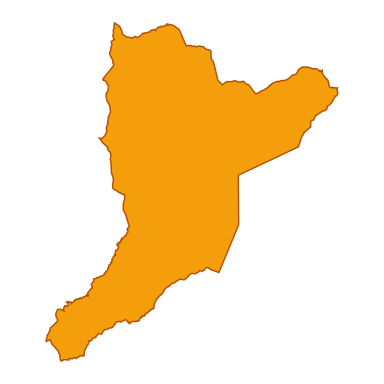 Tano South Municipal, Brong Ahafo, Ghana (Robinson projection)
{"feature_id": "2480657B7981851544250", "entity_name": "Tano South Municipal", "entity_type": "district", "adm_level": 2, "iso_a3": "GHA", "parent_name": "Ghana", "parent_adm1": "Brong Ahafo", "projection": "robinson", "projection_center": [-2.05, 7.161], "detail": "fine", "context": "isolated", "style": "filled", "palette": "amber", "viewbox_px": 384, "rotation_deg": 0, "n_neighbors": 0, "source": "geoboundaries", "source_scale": "gbopen_adm2", "svg_char_len": 5852}
<svg xmlns="http://www.w3.org/2000/svg" viewBox="0 0 384 384"><path d="M218.9,272.5L238.7,224.7L238.3,175.2L298.3,146.9L301.9,136.5L303.5,134.1L304.5,131.7L305.2,131.7L310.8,126.7L310.5,124.3L310.9,123.3L310.7,122.6L311.0,121.3L311.8,120.4L313.6,120.0L315.3,116.3L316.5,115.2L323.1,110.7L323.8,111.0L326.0,109.9L326.8,109.1L327.4,106.0L329.1,105.3L331.9,102.4L333.7,98.9L335.5,96.2L336.5,95.8L337.9,93.5L337.0,89.4L337.4,88.0L336.7,88.4L335.7,87.7L333.8,88.0L332.5,87.3L330.8,87.7L329.5,86.9L328.0,80.5L326.5,78.7L325.8,78.6L325.5,77.9L323.7,75.8L322.2,72.6L322.2,70.4L321.3,71.1L321.1,70.8L320.1,71.0L320.1,71.7L319.8,71.7L319.7,71.0L319.2,71.2L318.8,70.1L317.5,69.6L316.7,68.9L315.4,68.6L312.4,68.8L310.4,67.8L307.0,67.1L301.9,67.1L298.6,69.7L296.9,73.0L296.1,74.0L291.9,75.4L290.1,77.5L286.8,79.7L284.8,80.4L280.7,80.7L278.9,81.9L278.0,81.2L273.6,82.8L271.7,83.7L271.5,84.5L270.5,85.3L269.5,85.3L269.2,86.2L267.4,87.8L263.2,90.3L261.9,90.6L260.9,91.5L259.9,91.8L257.7,93.4L255.2,93.5L249.1,85.2L248.5,84.7L246.1,84.1L243.6,81.3L238.4,82.2L235.8,80.9L234.3,80.7L232.1,81.6L230.0,81.9L226.5,81.6L222.4,84.8L218.0,80.6L214.2,64.9L213.0,61.2L211.1,58.6L210.9,50.8L208.6,49.8L206.8,49.5L204.8,48.4L203.5,46.7L201.1,46.6L200.1,46.1L198.1,46.2L196.3,47.0L194.9,46.1L194.0,46.0L192.1,46.5L190.6,45.4L189.0,45.8L187.8,45.4L186.2,45.9L179.3,29.7L174.0,25.8L171.1,24.6L167.9,24.8L167.8,24.0L167.3,24.3L166.8,24.1L166.3,25.6L165.0,25.3L164.2,26.2L162.8,26.9L161.3,26.0L160.2,27.0L159.6,26.9L159.1,27.4L158.7,27.1L157.4,27.8L157.2,28.4L155.6,30.0L155.6,30.5L153.9,29.5L152.2,30.2L151.0,30.1L150.5,31.4L149.9,31.9L147.2,32.4L145.8,33.2L144.7,32.9L143.7,33.7L142.8,33.2L140.6,35.7L139.2,36.6L136.8,37.5L135.7,36.7L134.7,36.4L133.5,37.7L131.3,37.9L128.7,37.1L127.1,37.2L122.6,34.3L121.6,30.4L120.1,27.2L118.6,25.5L114.5,23.0L114.0,26.2L114.1,28.3L113.3,30.0L113.5,32.9L112.9,35.5L113.1,37.2L114.4,39.5L113.3,39.9L111.2,41.6L111.9,44.8L110.7,48.3L110.8,50.5L109.9,51.8L109.5,53.7L111.6,58.4L112.6,59.5L112.9,60.7L112.9,63.1L113.9,64.1L112.9,66.5L102.9,78.9L103.3,80.3L104.9,80.5L105.4,81.2L106.4,81.7L107.0,84.0L107.7,84.7L108.5,86.5L107.9,90.7L107.1,92.4L106.1,93.4L106.0,96.4L107.0,100.9L108.9,103.8L110.2,107.6L110.1,109.5L110.6,111.5L109.6,114.3L108.2,116.9L108.2,119.2L107.6,121.5L108.0,123.6L107.0,125.6L106.3,128.2L106.7,130.2L106.4,132.5L104.9,135.6L102.5,138.0L101.6,138.6L99.4,138.1L102.8,142.8L108.0,147.7L107.8,148.7L108.0,150.2L109.6,151.6L110.4,153.0L111.0,155.1L110.2,159.7L110.9,161.5L111.5,173.1L113.2,177.8L113.3,181.0L112.6,184.7L112.8,188.1L113.9,189.4L117.7,191.3L118.9,192.5L120.4,192.8L121.9,194.1L124.4,194.3L124.7,199.1L123.4,203.3L123.2,209.7L125.0,213.3L125.6,213.8L126.5,217.9L127.1,219.0L127.4,221.2L128.3,221.9L128.1,223.3L129.4,226.4L129.0,227.3L127.9,227.8L127.5,228.5L127.4,229.8L127.8,230.4L127.4,230.4L128.1,231.9L126.5,233.3L126.4,235.4L124.9,235.8L123.9,237.5L121.8,238.2L121.7,238.5L122.2,238.7L122.2,239.3L120.8,240.0L120.2,241.8L120.6,242.1L120.0,242.2L119.7,242.7L118.5,242.5L118.8,243.7L117.8,244.1L117.4,243.8L117.0,244.6L116.8,244.4L117.2,245.6L118.4,245.8L118.5,247.4L117.8,248.3L117.7,249.3L116.2,250.5L115.6,250.5L115.3,253.1L114.5,254.9L115.4,255.2L113.4,256.5L112.9,258.4L111.9,259.4L111.8,259.9L112.2,260.6L111.8,261.7L111.2,262.2L111.4,262.6L110.8,262.7L110.4,264.2L109.6,264.8L109.7,265.1L108.9,265.2L108.8,267.0L107.8,268.2L107.7,268.8L107.9,269.1L107.5,270.1L106.3,271.5L105.8,271.5L105.3,273.1L104.7,273.2L104.9,273.6L104.3,273.8L103.7,275.1L101.7,276.2L101.5,275.9L100.4,276.3L99.0,277.4L98.3,277.2L97.3,278.0L96.8,277.7L95.3,278.7L93.8,278.9L93.7,280.8L91.2,284.4L92.3,286.9L91.8,287.5L92.0,288.4L90.5,289.2L89.1,291.4L87.9,292.5L87.7,293.9L88.5,294.9L88.1,296.1L87.4,296.0L87.1,294.6L86.7,294.6L85.5,296.3L82.8,297.2L82.3,298.3L81.4,298.2L81.3,298.6L80.3,298.3L80.1,297.8L79.1,299.0L78.2,298.8L77.9,299.3L77.3,299.0L76.1,299.2L75.9,299.8L75.4,299.7L75.4,300.3L73.9,300.8L73.5,302.1L72.3,302.7L71.7,302.6L71.3,303.6L70.7,301.9L70.2,302.1L67.6,301.6L67.4,302.0L66.5,302.1L67.0,302.8L68.1,303.1L68.6,305.2L66.8,306.4L66.5,305.6L65.9,305.9L64.4,305.7L65.1,306.1L64.6,306.6L64.4,307.4L64.0,307.3L63.5,308.1L63.5,310.3L63.9,311.0L60.6,309.3L57.6,309.5L56.1,312.8L55.8,315.2L56.5,317.9L57.6,319.4L57.5,320.9L53.8,325.0L50.7,327.5L49.1,332.2L47.0,335.8L47.1,338.4L46.4,339.1L46.1,340.3L46.2,341.5L50.0,339.8L52.6,345.1L54.3,346.3L55.2,347.7L58.2,351.0L58.6,352.8L59.8,354.7L60.2,359.2L60.9,360.9L61.9,361.0L62.2,360.3L63.3,360.1L63.7,359.6L69.0,360.0L69.5,358.4L72.2,358.9L72.9,358.2L74.5,357.5L75.9,358.5L76.0,358.0L78.9,357.0L79.4,356.1L80.3,356.0L80.7,355.6L82.4,355.6L82.4,356.1L83.5,355.9L84.2,355.2L84.3,351.5L85.2,349.9L85.4,348.5L86.2,347.8L87.1,345.5L88.3,344.1L89.0,340.9L90.1,341.2L92.4,339.2L93.2,337.8L95.7,337.5L96.5,335.8L98.4,333.8L101.8,334.0L102.8,331.8L104.5,329.8L108.3,328.9L109.3,328.0L111.2,327.9L112.2,327.4L113.8,325.7L113.8,325.2L114.8,324.7L115.2,323.3L116.9,321.8L118.3,321.8L119.0,321.4L120.1,321.8L120.4,321.5L120.9,322.0L125.6,319.6L127.0,320.9L127.3,321.7L128.8,321.9L128.5,322.7L129.4,322.9L129.3,323.6L129.6,323.6L132.7,321.3L134.9,321.7L136.0,321.0L136.9,321.5L139.4,320.5L139.5,319.4L140.7,318.1L140.7,317.4L141.5,316.8L141.9,317.1L142.3,316.8L142.6,315.7L143.2,316.1L144.8,315.8L144.7,315.2L145.1,314.8L144.8,314.7L145.4,313.8L147.7,312.8L148.0,312.1L149.3,311.4L150.2,310.2L150.9,310.1L151.1,309.5L152.2,308.7L152.6,308.9L153.0,308.4L153.5,308.7L154.0,307.5L154.1,304.8L154.9,302.7L157.1,298.5L157.6,298.4L159.5,295.9L161.7,294.2L163.0,292.7L164.0,291.0L164.4,289.6L166.9,287.2L168.0,287.0L169.6,285.7L171.7,283.6L174.1,282.9L180.1,278.9L181.9,279.6L184.5,279.8L186.5,278.2L190.1,274.2L192.0,273.4L195.2,273.8L198.6,272.0L199.5,270.6L201.9,271.2L202.9,270.9L204.8,269.4L206.3,267.5L208.4,267.7L209.7,269.1L218.9,272.5Z" fill="#f59e0b" stroke="#b45309" stroke-width="1.5"/></svg>